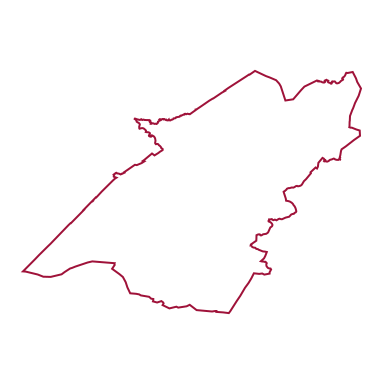 the district of Višķu pag., Daugavpils, Latvia
{"feature_id": "27541924B4584699907336", "entity_name": "Višķu pag.", "entity_type": "district", "adm_level": 2, "iso_a3": "LVA", "parent_name": "Latvia", "parent_adm1": "Daugavpils", "projection": "robinson", "projection_center": [26.799, 56.069], "detail": "fine", "context": "isolated", "style": "outline", "palette": "rose", "viewbox_px": 384, "rotation_deg": 0, "n_neighbors": 0, "source": "geoboundaries", "source_scale": "gbopen_adm2", "svg_char_len": 5985}
<svg xmlns="http://www.w3.org/2000/svg" viewBox="0 0 384 384"><path d="M196.6,310.1L212.1,311.5L215.3,311.0L216.4,311.0L216.3,311.9L223.2,312.4L228.8,313.1L230.2,311.3L236.7,301.1L240.3,295.8L245.0,287.8L248.6,282.9L251.3,278.4L253.9,273.3L259.2,273.9L262.2,273.5L264.3,274.6L269.6,273.6L269.6,272.3L271.1,269.5L270.5,268.5L269.5,268.5L268.4,268.1L267.8,267.8L266.6,266.3L266.3,265.0L266.4,263.7L266.7,263.4L266.7,263.1L265.5,261.8L264.6,261.9L263.9,261.6L262.0,261.5L260.9,261.2L264.0,258.4L265.3,255.9L266.8,252.0L265.0,251.6L262.8,251.4L258.6,249.7L257.8,249.1L256.3,248.9L255.3,247.8L253.3,247.5L251.5,246.5L251.2,246.6L251.5,246.4L251.4,245.9L251.3,245.7L250.8,245.6L251.0,245.3L250.7,245.3L250.7,245.0L250.9,244.5L251.4,244.1L256.3,240.7L256.4,238.6L256.5,235.2L258.0,234.5L259.2,234.3L260.1,234.6L260.3,235.2L260.7,235.4L261.2,235.4L261.7,235.2L263.1,234.3L266.2,233.8L267.6,232.9L268.2,232.2L270.3,227.5L271.6,226.6L272.2,225.9L272.4,225.3L272.4,224.6L272.0,223.8L271.2,222.8L270.1,222.0L269.1,221.7L268.6,221.4L268.5,220.9L268.7,220.5L269.1,220.4L269.1,219.4L270.4,219.4L271.8,219.1L272.1,219.5L273.2,220.1L273.7,220.1L274.9,219.6L276.5,220.3L278.6,219.0L279.5,218.7L281.1,219.2L282.1,219.2L285.6,217.6L289.2,216.7L291.1,214.6L292.4,214.0L293.4,213.9L294.0,213.7L294.6,212.8L295.5,212.5L296.1,211.9L296.3,211.3L295.8,209.1L295.4,207.9L294.6,206.3L293.7,205.3L292.9,203.9L291.7,202.7L289.7,201.5L287.9,201.0L286.1,200.7L285.8,198.6L283.6,191.8L284.5,191.1L284.9,191.0L285.5,190.3L286.3,189.8L286.8,188.9L287.0,188.7L287.7,188.5L288.3,188.1L289.6,188.1L291.7,187.5L293.4,187.6L294.5,187.1L295.8,186.2L296.5,186.0L297.0,185.9L297.9,186.3L298.8,186.2L300.5,185.7L301.4,185.1L302.0,184.4L303.9,181.2L306.1,179.1L310.9,173.3L310.5,172.3L315.6,167.5L317.0,168.5L317.9,166.7L318.4,162.8L322.5,157.9L323.9,158.7L324.2,159.6L325.2,159.9L325.4,160.2L325.2,160.5L324.6,160.4L324.0,161.1L324.3,161.4L325.2,161.2L326.8,161.6L327.3,161.6L328.7,161.0L329.1,160.5L330.1,159.8L331.8,159.4L333.6,158.6L334.5,158.8L334.7,159.1L335.1,159.4L336.4,159.8L338.3,159.9L338.8,159.5L339.4,159.3L340.1,159.6L340.2,159.4L340.1,159.2L339.3,158.6L339.5,158.2L340.1,157.5L339.8,157.1L340.3,155.3L341.0,151.0L341.6,149.3L345.8,146.4L354.0,140.0L360.0,135.8L359.7,130.5L356.4,129.5L351.9,127.7L350.7,127.7L349.3,127.2L349.5,126.3L349.6,121.8L349.8,120.7L350.0,116.0L352.5,109.4L352.9,108.8L354.1,105.6L355.0,103.1L358.7,95.7L361.0,88.5L357.2,81.9L356.0,78.4L352.7,72.0L347.6,73.0L346.3,72.8L345.8,73.5L345.6,74.4L344.7,76.0L344.0,76.8L342.7,77.6L342.2,78.4L342.3,78.7L343.1,79.3L343.0,79.7L340.9,81.0L339.9,82.1L338.9,82.9L338.0,83.2L337.0,83.4L336.2,83.1L334.9,81.5L334.2,81.4L333.0,81.7L332.7,81.4L332.3,81.4L332.1,81.5L331.9,81.9L332.0,82.6L331.7,82.8L331.6,83.5L331.2,83.7L330.6,83.5L330.0,82.8L328.9,82.6L328.2,82.3L328.0,82.0L327.8,81.4L328.2,80.7L327.2,80.3L326.5,79.8L325.0,80.5L325.3,80.9L325.3,81.1L324.6,81.4L324.5,81.6L324.9,82.1L324.7,82.3L324.0,82.6L322.3,82.3L321.1,81.6L319.6,81.5L319.3,81.1L318.5,81.1L318.2,80.8L317.4,80.7L317.4,80.9L316.9,80.5L304.4,86.6L301.2,90.0L293.2,99.3L285.4,100.5L280.8,86.4L279.2,83.6L276.1,80.2L269.8,77.5L266.0,76.1L255.0,70.9L249.5,74.7L249.1,74.5L246.4,76.3L228.3,88.0L224.6,90.6L225.0,90.9L221.8,92.7L213.2,98.5L212.9,98.5L209.4,100.6L200.4,106.8L196.8,109.2L196.1,109.4L196.3,109.6L189.9,114.2L189.6,114.0L188.8,114.1L187.6,113.7L186.3,114.2L185.5,113.8L184.6,113.9L184.4,114.6L183.4,114.6L182.8,115.0L182.0,115.2L181.5,115.7L180.5,115.6L180.1,115.9L179.6,116.7L176.6,117.2L176.4,117.4L175.8,117.5L175.5,118.1L175.1,118.3L173.6,118.4L173.5,118.8L172.9,119.3L172.0,119.7L171.4,119.7L170.5,120.4L169.2,120.3L169.1,120.0L168.5,120.2L168.5,119.7L167.8,120.3L166.4,120.2L166.1,120.1L166.0,119.6L165.2,119.7L164.2,119.0L163.9,119.0L163.4,119.4L162.8,119.0L162.6,119.0L162.0,119.3L161.5,119.3L161.3,119.7L160.2,119.2L159.7,119.2L159.4,119.5L160.1,120.0L160.1,120.4L159.4,120.5L158.5,121.6L158.0,121.7L157.9,122.8L157.0,123.4L156.8,123.9L156.6,124.0L155.4,123.7L154.6,123.9L153.0,123.3L152.7,123.4L152.1,123.3L151.3,123.8L150.8,123.8L151.0,123.1L150.5,122.9L150.0,122.2L150.6,122.0L150.1,121.5L150.1,121.2L149.8,121.0L150.1,120.5L149.9,120.4L149.5,120.6L149.1,120.1L148.9,120.2L148.7,120.1L144.6,120.0L143.7,119.6L142.2,120.0L141.7,119.7L141.5,119.3L141.2,119.2L140.7,119.7L139.9,119.9L139.1,119.8L136.4,119.1L135.6,118.7L134.0,118.6L135.8,119.7L136.4,120.7L136.7,121.7L137.7,122.4L138.7,122.8L139.8,124.2L139.8,124.7L139.2,126.6L139.3,128.4L139.5,128.7L141.4,128.2L142.2,128.1L143.0,128.2L143.9,128.6L145.6,130.1L146.0,130.8L146.1,131.4L145.8,132.0L146.1,132.1L148.6,132.3L149.7,132.9L149.9,133.4L149.9,133.7L148.9,135.5L149.1,136.1L150.1,136.6L151.0,136.7L151.6,136.3L151.1,135.8L151.1,135.6L151.7,135.3L152.4,135.5L154.1,136.6L154.9,137.9L155.2,138.8L155.5,140.8L155.1,143.0L155.6,143.9L155.9,144.2L157.0,143.9L157.7,144.0L158.3,144.3L158.8,145.1L160.2,146.2L161.0,147.2L161.2,148.0L162.6,148.9L162.7,149.4L162.6,150.1L159.7,151.9L158.5,152.9L154.5,155.4L152.0,153.5L144.2,160.0L142.9,160.9L144.3,161.4L141.6,163.1L136.8,165.1L134.9,164.8L124.0,172.3L124.4,172.7L121.7,174.0L121.4,173.8L120.6,174.4L118.8,173.6L117.0,173.4L116.5,172.8L115.9,172.9L114.2,174.2L114.6,174.3L113.7,175.8L113.7,176.3L113.8,176.7L116.4,177.7L115.1,178.5L113.0,180.4L101.6,191.7L98.1,195.5L96.2,197.5L95.9,197.3L92.5,200.8L92.9,201.0L92.5,201.4L92.1,201.2L90.4,202.9L83.6,209.9L83.9,210.0L70.9,223.2L70.6,223.1L68.6,225.0L50.4,243.9L47.9,246.3L39.2,254.9L34.9,259.4L23.0,271.4L25.7,271.6L37.7,274.5L43.3,276.7L50.7,276.9L61.6,274.3L64.7,272.0L70.1,268.5L72.1,267.9L75.3,266.6L87.6,262.5L92.3,261.4L114.6,263.2L114.3,263.9L114.7,264.9L112.1,268.8L119.4,274.1L122.9,277.0L125.7,282.2L127.4,287.4L130.2,293.3L136.1,293.8L139.2,294.4L140.8,295.4L149.1,296.8L151.2,298.7L153.3,299.0L153.2,300.9L153.0,301.4L157.1,302.5L161.4,301.1L163.1,302.4L163.6,303.3L162.6,305.1L169.4,308.4L176.4,306.7L178.2,307.6L186.6,306.3L189.7,304.8L196.6,310.1Z" fill="none" stroke="#9f1239" stroke-width="2"/></svg>